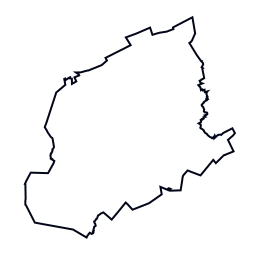 outline of Ciudad del Maíz, San Luis Potosí, Mexico, rotated 267°
{"feature_id": "50627088B28036330592327", "entity_name": "Ciudad del Maíz", "entity_type": "district", "adm_level": 2, "iso_a3": "MEX", "parent_name": "Mexico", "parent_adm1": "San Luis Potosí", "projection": "natural_earth1", "projection_center": [-99.716, 22.431], "detail": "fine", "context": "isolated", "style": "outline", "palette": "ink", "viewbox_px": 256, "rotation_deg": 267, "n_neighbors": 0, "source": "geoboundaries", "source_scale": "gbopen_adm2", "svg_char_len": 5209}
<svg xmlns="http://www.w3.org/2000/svg" viewBox="0 0 256 256"><g transform="rotate(267 128 128)"><path d="M180.3,66.9L174.4,67.7L167.2,58.2L137.5,46.8L133.2,44.9L130.5,46.4L127.8,47.6L123.2,50.4L121.6,52.1L113.0,53.1L111.8,52.6L111.5,52.3L111.2,52.1L111.0,51.9L110.9,51.8L110.8,51.6L110.6,51.4L110.4,51.3L110.0,51.4L109.6,51.5L109.2,51.4L108.9,51.2L108.7,51.2L108.2,51.0L107.9,50.7L107.6,50.4L107.5,50.5L107.2,50.4L107.1,50.2L106.7,50.1L106.3,49.6L106.2,49.5L105.9,49.5L105.4,49.5L105.1,49.2L104.6,49.1L103.7,49.2L101.9,49.4L101.2,50.3L101.0,49.8L98.9,52.7L96.5,51.7L87.1,45.8L88.5,28.5L80.2,23.5L77.4,22.1L77.2,22.6L76.9,22.6L74.7,22.5L63.2,22.1L62.1,22.0L61.4,21.8L59.9,21.6L56.7,21.5L56.3,21.9L56.2,22.1L38.4,30.0L36.5,37.9L29.5,67.8L20.8,80.9L22.2,81.6L25.4,84.3L24.1,86.2L24.5,87.1L24.8,87.0L25.0,87.6L25.3,87.5L25.7,88.0L26.6,87.6L26.9,88.2L27.2,88.5L27.9,88.1L29.1,88.5L29.8,88.8L30.6,88.9L31.3,89.2L31.7,90.4L32.2,90.6L34.1,90.2L35.2,89.5L36.3,89.3L36.6,89.5L37.0,90.3L38.0,91.0L38.6,91.2L38.9,92.0L39.2,92.3L42.2,93.5L43.1,95.2L43.9,96.2L44.6,98.0L45.0,99.0L37.4,106.9L44.6,113.6L53.7,121.8L51.5,123.9L48.8,126.1L46.2,128.3L51.8,145.1L60.0,158.2L67.5,157.3L64.3,164.1L65.1,164.5L65.7,165.6L65.0,167.2L64.0,165.5L63.9,165.6L63.7,165.3L63.2,166.5L63.0,177.3L72.9,179.4L74.6,179.7L75.1,179.8L76.1,180.0L77.2,180.4L78.1,181.0L79.5,182.4L82.5,185.3L80.9,188.7L76.9,197.9L77.4,198.4L91.7,211.5L88.3,213.9L95.9,222.4L95.9,223.2L96.0,223.2L99.1,232.2L110.9,227.2L115.1,232.6L117.3,234.5L122.2,232.2L118.0,222.8L116.3,220.8L116.5,220.6L116.5,220.3L116.5,220.0L116.6,219.8L116.6,219.6L116.5,219.4L116.5,219.2L116.5,218.9L116.4,217.9L116.2,217.7L116.2,217.3L115.9,216.9L115.7,216.6L115.4,216.3L115.2,216.1L113.6,214.1L114.4,214.3L115.0,214.4L115.7,214.2L115.3,214.0L115.0,213.4L114.7,213.3L114.5,213.1L114.3,212.7L113.7,212.5L113.5,212.3L113.3,212.0L113.1,211.9L112.7,211.9L113.1,211.7L113.5,211.3L113.9,211.1L114.1,210.8L114.2,210.5L114.4,210.2L114.8,209.4L115.0,209.1L115.3,208.8L115.6,208.4L115.9,208.0L116.1,207.8L116.5,207.5L116.7,207.3L117.3,206.8L117.8,206.6L118.0,206.5L118.2,206.2L118.7,205.1L119.2,204.9L119.6,204.5L120.3,204.0L120.6,203.8L120.9,203.7L121.6,203.6L121.8,203.3L122.1,203.1L122.3,202.8L122.4,202.6L122.8,202.3L123.0,202.1L123.2,201.8L123.5,201.4L123.6,201.0L123.8,200.7L124.2,200.3L124.5,200.2L124.9,200.4L125.7,200.7L126.2,200.8L126.4,200.8L126.7,200.9L127.5,200.7L127.8,200.4L128.0,200.2L128.5,199.4L128.9,198.8L129.1,199.2L129.5,200.0L129.5,200.4L129.6,200.6L129.7,200.8L130.0,201.0L130.2,201.3L130.3,201.3L130.5,201.2L130.9,201.3L131.0,201.3L131.0,201.2L131.3,201.2L131.5,201.2L131.6,201.4L132.0,201.2L132.1,201.7L132.2,201.9L132.4,201.5L132.3,201.4L132.5,201.4L132.6,201.5L132.6,201.8L132.7,202.0L133.1,202.3L133.1,202.9L133.4,203.7L133.5,204.1L133.8,204.0L134.0,204.0L134.3,204.2L134.5,204.1L134.6,203.9L134.8,203.9L134.8,204.0L134.7,204.3L134.7,204.5L134.9,204.7L135.1,204.9L135.1,205.0L135.3,205.1L135.5,205.1L135.4,205.2L135.5,205.4L135.4,205.5L135.4,205.4L135.3,205.6L135.6,205.7L135.8,205.7L136.2,205.7L136.6,205.6L136.9,205.8L136.9,206.0L136.9,206.6L136.9,206.9L137.2,207.3L137.4,207.7L137.6,207.8L137.9,208.0L138.2,207.9L138.8,207.9L139.1,207.8L139.3,207.6L139.5,207.0L139.6,206.5L139.6,206.3L139.4,205.9L140.1,205.1L140.6,204.6L141.0,204.7L141.5,204.9L142.1,204.9L142.3,205.0L142.8,205.0L143.5,204.7L143.8,204.5L144.3,204.4L145.0,204.2L145.3,204.0L145.6,203.5L145.8,203.4L145.9,203.2L146.2,203.0L146.8,202.8L147.3,202.8L147.6,202.9L147.9,203.5L148.1,203.7L148.6,204.0L149.2,204.6L149.3,204.9L149.5,204.8L149.9,205.1L150.1,205.3L150.3,205.6L150.5,205.9L151.2,207.2L151.3,207.3L151.3,207.6L151.6,208.2L152.7,207.5L152.8,207.5L153.0,207.9L152.9,208.3L152.9,208.5L152.7,208.7L152.8,209.3L154.9,208.2L155.3,208.4L155.1,208.6L155.2,209.0L156.1,208.6L157.1,208.3L157.3,208.2L157.6,208.3L158.3,208.2L158.8,207.9L159.0,207.9L159.5,208.6L160.2,209.0L160.4,209.2L160.3,208.7L160.0,208.2L159.9,207.7L159.8,207.4L159.7,206.7L160.1,206.5L160.7,206.5L160.9,206.5L161.1,206.5L161.2,206.4L162.0,206.4L161.6,205.7L161.6,205.3L161.9,205.2L161.8,204.8L162.0,204.8L162.1,204.7L162.7,204.4L162.7,204.2L162.5,203.7L162.3,203.2L162.2,203.2L162.0,202.9L162.5,202.8L162.8,202.7L163.2,202.7L163.7,202.6L164.0,202.6L164.4,202.5L164.5,202.4L164.9,202.4L165.1,202.3L165.3,202.0L165.5,201.7L166.4,201.1L167.1,200.5L168.6,204.6L169.3,202.8L171.4,202.0L171.9,203.1L172.1,203.6L172.7,204.0L172.8,204.7L173.1,205.1L173.1,205.5L173.5,206.1L173.8,206.7L183.5,205.3L183.8,205.9L184.8,204.7L185.2,205.0L185.6,205.3L186.1,205.6L186.6,205.7L186.9,206.1L187.1,206.3L187.8,206.4L188.6,206.3L189.4,206.0L189.9,205.4L190.3,205.1L190.5,204.9L190.9,205.1L191.0,204.5L196.9,200.7L209.7,193.7L210.6,195.3L212.0,196.5L219.0,200.0L235.2,198.1L226.1,178.2L224.3,178.5L224.1,177.5L222.2,171.6L221.5,164.7L221.1,162.7L219.8,157.3L227.1,155.3L222.4,142.7L221.7,140.7L218.6,130.6L210.6,135.0L199.2,109.2L196.5,110.5L192.2,105.1L187.5,91.4L187.5,90.4L186.0,83.5L186.2,78.9L184.5,81.1L184.5,81.4L183.1,82.0L181.4,77.2L177.2,78.8L175.0,74.4L180.2,74.5L180.6,72.5L181.6,72.7L181.3,71.8L181.0,71.2L180.7,70.8L180.4,70.3L179.7,69.1L179.4,68.5L179.2,68.3L180.7,67.9L180.3,66.9Z" fill="none" stroke="#020617" stroke-width="2"/></g></svg>